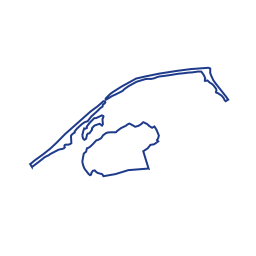 outline of Dare, North Carolina, United States of America, rotated 253°
{"feature_id": "52423323B7185899041346", "entity_name": "Dare", "entity_type": "district", "adm_level": 2, "iso_a3": "USA", "parent_name": "United States of America", "parent_adm1": "North Carolina", "projection": "albers", "projection_center": [-75.69, 35.708], "detail": "fine", "context": "isolated", "style": "outline", "palette": "blue", "viewbox_px": 256, "rotation_deg": 253, "n_neighbors": 0, "source": "geoboundaries", "source_scale": "gbopen_adm2", "svg_char_len": 2560}
<svg xmlns="http://www.w3.org/2000/svg" viewBox="0 0 256 256"><g transform="rotate(253 128 128)"><path d="M106.4,153.0L108.0,152.2L109.3,153.8L111.7,155.3L118.1,154.7L121.7,153.7L121.2,151.1L123.7,148.9L126.2,147.5L129.0,144.4L129.0,143.8L127.9,141.9L127.0,138.6L127.1,135.2L131.7,130.9L131.8,130.0L131.4,128.1L130.8,126.8L129.9,121.1L128.1,116.2L127.5,115.5L127.7,114.1L128.6,111.6L129.6,107.5L129.5,105.3L128.3,102.0L126.1,99.3L125.3,95.6L125.5,94.2L122.8,89.6L121.2,86.3L120.6,84.3L120.6,82.8L117.6,81.0L116.9,79.1L116.3,78.1L109.7,74.7L108.0,74.3L105.0,74.2L101.8,74.5L95.5,76.9L94.0,77.9L94.1,78.8L94.6,79.4L95.6,79.7L97.3,81.8L97.3,83.5L96.8,84.1L96.1,84.2L93.9,85.8L91.6,89.5L91.0,90.0L89.1,90.4L87.6,102.4L87.6,116.0L83.3,135.5L83.1,135.8L101.3,135.8L102.8,140.9L105.3,144.5L104.8,148.2L106.4,153.0ZM125.1,229.2L125.8,232.1L129.1,231.0L138.3,227.4L144.3,225.1L148.5,223.6L153.3,222.9L156.6,222.7L159.1,223.5L160.9,224.0L162.1,222.4L166.0,205.2L168.4,191.0L170.9,173.5L172.3,158.8L172.7,153.2L172.9,150.2L169.5,133.9L166.8,124.0L165.8,121.1L163.1,115.9L162.3,115.0L161.5,115.4L163.3,122.5L163.6,125.3L165.0,133.5L166.4,136.3L167.9,141.0L168.8,145.3L169.7,149.7L169.7,158.9L169.1,161.7L168.2,164.3L167.9,167.7L168.1,169.9L168.2,172.4L167.1,178.5L166.2,184.5L165.2,191.9L164.2,196.7L163.3,202.0L162.4,205.6L161.5,211.5L160.5,214.6L156.4,216.0L153.0,216.4L152.5,215.9L150.6,215.3L150.4,215.8L150.4,217.0L150.2,217.9L147.6,219.4L145.2,221.5L143.4,222.4L139.6,223.7L137.8,223.5L136.8,222.6L136.4,222.6L135.9,222.9L134.7,224.6L134.0,224.9L132.4,226.4L130.9,227.3L128.3,228.3L126.5,228.5L125.1,229.2ZM118.7,24.8L118.9,24.9L120.0,28.1L121.5,32.3L124.4,39.7L124.9,42.1L125.1,44.2L125.8,45.9L127.5,55.0L127.5,56.7L127.2,58.9L127.3,60.7L127.9,61.9L129.5,61.9L130.2,62.6L130.3,63.6L129.6,65.8L129.5,67.9L130.1,69.4L137.3,71.2L138.4,72.9L138.9,74.3L139.2,75.7L140.3,76.0L142.4,79.1L144.1,82.7L145.2,85.0L146.2,88.1L146.3,91.4L149.8,96.4L151.8,100.8L153.9,105.2L154.9,106.8L155.9,109.9L157.7,110.8L158.3,112.7L159.1,113.8L160.3,113.7L160.8,112.3L159.9,110.3L157.7,105.4L154.8,97.2L140.5,65.9L134.4,54.6L130.9,47.4L127.7,39.3L124.3,29.3L122.2,24.4L122.1,23.9L118.7,24.8ZM129.5,82.8L129.5,83.2L130.0,84.8L133.5,86.8L134.4,88.0L134.2,89.6L136.9,93.1L138.2,93.4L139.8,95.9L140.2,97.3L140.3,102.1L137.9,103.8L139.0,105.1L143.7,106.1L146.1,107.9L146.7,107.9L147.7,106.7L146.8,100.3L147.3,98.6L144.1,92.7L141.4,89.0L140.0,88.6L139.8,86.7L140.4,86.0L137.8,84.1L136.1,83.3L135.3,82.5L133.0,82.0L130.9,82.0L129.5,82.8Z" fill="none" stroke="#1e3a8a" stroke-width="2"/></g></svg>